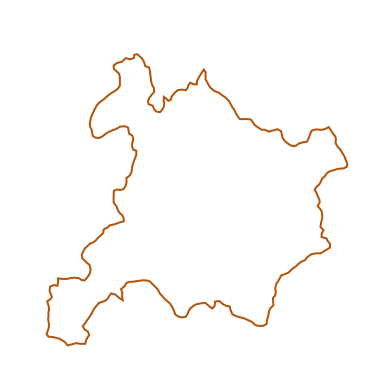 Campestre, Minas Gerais, Brazil (orthographic projection), rotated 85°
{"feature_id": "56859067B89566342102842", "entity_name": "Campestre", "entity_type": "district", "adm_level": 2, "iso_a3": "BRA", "parent_name": "Brazil", "parent_adm1": "Minas Gerais", "projection": "orthographic", "projection_center": [-46.226, -21.716], "detail": "fine", "context": "isolated", "style": "outline", "palette": "amber", "viewbox_px": 384, "rotation_deg": 85, "n_neighbors": 0, "source": "geoboundaries", "source_scale": "gbopen_adm2", "svg_char_len": 4443}
<svg xmlns="http://www.w3.org/2000/svg" viewBox="0 0 384 384"><g transform="rotate(85 192 192)"><path d="M50.0,234.4L50.3,237.5L53.5,238.2L54.4,242.0L52.9,246.4L56.1,250.4L57.0,255.6L59.1,259.0L62.6,259.1L65.3,256.5L67.5,254.6L70.8,253.8L75.0,254.2L79.8,254.6L82.7,256.9L84.9,260.7L86.8,264.5L89.1,268.0L92.3,272.3L95.0,276.9L97.4,279.3L100.9,281.6L104.5,283.7L107.4,285.4L110.3,286.6L113.2,287.4L116.0,287.9L118.6,287.7L121.2,286.6L124.3,286.3L127.2,286.0L129.2,283.8L130.2,280.5L129.1,277.0L127.5,274.4L125.5,271.1L123.6,265.9L122.6,262.0L120.7,258.1L120.6,253.1L122.2,250.1L125.4,249.8L128.3,249.6L130.5,246.6L133.7,245.8L136.5,246.7L140.2,247.8L144.6,247.0L146.0,243.9L150.4,244.3L154.8,246.6L159.3,248.5L162.8,249.7L166.2,250.3L169.9,252.2L172.4,256.1L176.9,256.4L179.7,257.5L183.1,259.8L183.8,263.5L183.0,266.3L183.9,269.7L186.6,270.1L191.0,270.6L195.8,270.9L199.6,268.5L203.9,267.3L206.6,265.9L208.9,263.6L211.7,262.5L215.3,262.4L215.9,266.4L216.9,270.1L217.6,273.3L218.0,276.7L219.7,278.8L221.6,283.2L225.2,284.1L227.3,286.6L229.7,289.9L231.8,292.0L233.5,294.5L234.3,297.5L236.2,300.1L238.7,303.5L241.7,305.5L244.9,307.3L248.5,307.0L251.2,304.7L253.4,302.8L255.8,300.4L260.2,299.7L264.2,300.9L267.4,303.2L270.8,306.7L270.0,309.7L268.0,312.1L267.1,316.6L267.2,320.4L267.7,324.5L267.3,328.8L266.4,333.0L270.1,333.2L273.7,334.3L272.7,337.6L273.9,341.6L277.9,342.5L281.4,341.6L284.1,340.6L286.6,342.5L288.2,345.7L291.3,345.2L293.9,344.6L297.1,344.8L299.8,345.6L303.0,345.7L305.5,346.4L308.5,346.2L311.8,346.0L314.6,346.5L317.7,347.8L320.8,349.2L323.5,347.7L324.5,342.8L325.6,339.9L326.5,337.0L328.4,334.4L330.3,331.8L334.0,329.3L333.2,324.6L332.5,320.6L333.6,315.9L333.9,311.5L330.4,310.4L328.2,309.0L325.5,306.9L322.1,307.8L319.4,311.1L316.1,312.5L313.7,310.2L311.4,308.4L308.8,306.1L306.0,303.8L303.5,302.0L300.3,300.1L297.4,297.4L294.4,294.4L293.7,291.6L292.9,288.0L290.7,285.1L288.2,283.4L286.0,281.4L287.5,277.3L291.2,273.8L293.7,270.5L289.6,270.7L286.4,270.2L282.6,271.2L279.9,267.2L276.8,265.3L276.1,261.8L276.2,258.3L276.0,255.0L275.7,249.4L276.1,245.2L277.2,242.0L279.2,240.3L282.0,237.9L286.0,234.7L290.5,232.7L293.3,230.5L295.6,229.0L298.5,226.3L300.7,224.0L304.0,222.1L308.3,220.5L312.6,219.2L315.0,216.3L316.1,212.5L315.7,209.1L312.9,206.9L309.9,205.5L307.3,203.2L305.5,200.3L304.3,197.9L303.7,192.4L303.4,188.6L306.5,185.6L309.8,182.1L307.7,179.5L303.1,178.4L303.0,174.2L306.3,171.1L308.5,167.7L309.2,164.5L313.2,163.8L317.5,162.4L320.0,157.8L321.6,153.3L322.7,150.5L324.5,147.3L326.7,143.5L329.8,140.8L331.2,137.6L331.5,132.4L329.9,129.2L326.0,128.4L323.0,127.2L320.3,126.3L317.2,125.6L314.5,123.9L312.0,120.8L307.7,120.7L304.7,120.6L302.3,118.1L299.0,117.3L295.6,117.5L291.4,116.4L288.3,114.0L285.8,112.2L282.8,110.3L281.7,105.9L280.5,102.5L277.7,99.4L276.3,97.1L274.9,94.6L273.0,92.4L271.1,89.6L269.8,85.5L266.7,82.5L264.4,78.5L263.9,73.8L264.3,69.3L262.4,65.4L261.1,62.8L259.4,59.4L255.7,59.0L252.8,61.0L249.9,62.2L248.3,66.8L244.9,66.5L241.4,64.3L238.1,67.1L233.5,66.0L229.1,64.4L225.7,64.3L222.3,64.6L219.7,66.0L217.0,68.1L213.5,65.7L210.4,65.8L206.8,67.2L203.1,68.3L200.3,69.6L198.0,67.9L195.6,64.6L192.7,62.6L190.0,61.3L187.9,58.4L185.3,56.3L183.7,53.8L182.6,49.1L181.6,44.2L181.7,38.9L180.2,35.4L177.1,34.8L173.6,36.0L169.5,37.2L165.6,39.1L162.4,40.7L160.1,42.6L157.6,44.0L154.9,44.8L152.3,44.0L149.1,44.4L145.4,46.9L142.8,48.2L139.3,50.0L140.8,53.8L141.4,57.2L141.0,60.0L140.4,63.1L141.3,67.5L144.5,69.2L148.9,71.2L151.9,73.1L152.2,77.7L153.2,81.7L154.7,83.9L155.3,86.9L153.9,90.0L151.9,92.5L149.2,95.2L146.2,97.0L143.1,97.4L139.0,98.0L136.9,101.6L137.6,105.3L138.6,110.3L136.4,113.7L136.0,117.3L133.3,120.7L130.8,123.7L127.6,125.4L125.0,126.9L124.3,129.6L123.9,133.5L123.6,138.0L121.1,139.6L117.5,141.4L114.0,142.6L111.5,144.2L108.3,145.6L105.1,147.0L102.4,149.0L100.2,151.1L98.3,153.5L95.5,156.5L93.3,161.0L90.4,163.9L87.4,165.9L84.3,167.1L80.9,168.7L77.5,168.4L74.4,167.9L71.0,169.5L74.7,172.5L78.5,175.3L81.7,177.2L85.3,177.9L84.8,181.1L82.9,184.3L85.3,186.3L87.7,187.2L90.1,189.3L89.0,193.6L89.4,197.6L91.9,200.8L94.9,203.8L98.2,205.0L99.1,207.6L96.6,209.7L94.8,211.7L98.8,212.4L101.3,211.9L105.1,212.8L107.7,214.8L109.7,216.9L108.7,220.6L105.8,222.7L102.5,223.6L100.8,227.6L97.4,227.9L94.4,226.2L91.9,224.0L89.0,221.0L85.2,220.9L81.9,222.4L77.9,223.1L75.2,223.1L71.5,223.3L67.5,223.4L64.1,224.0L62.6,227.6L59.1,228.3L56.4,229.1L53.8,230.9L50.0,234.4Z" fill="none" stroke="#b45309" stroke-width="2"/></g></svg>